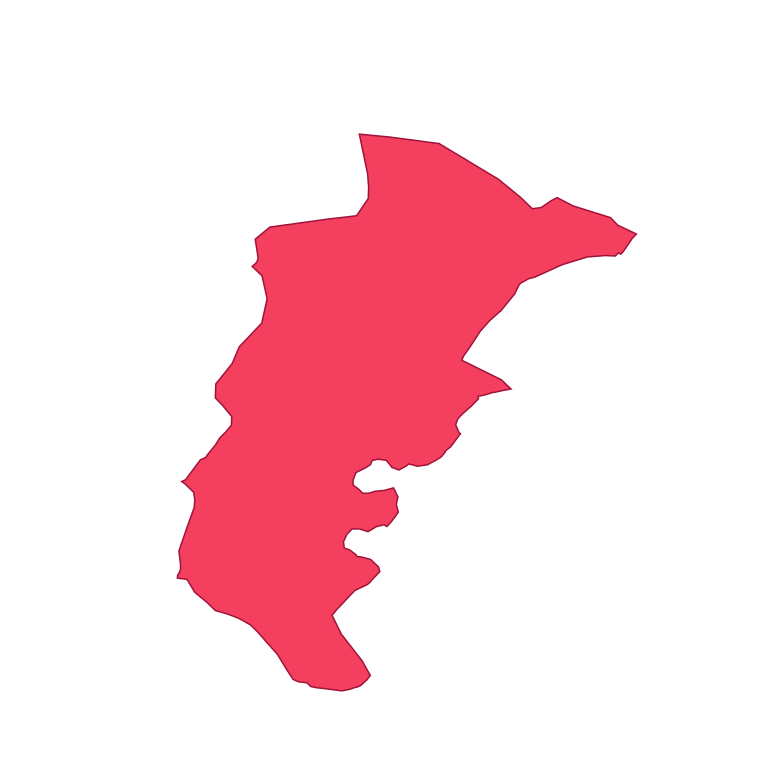 the district of Al Jabin, Raymah, Yemen, rotated 314°
{"feature_id": "15242507B10739648902482", "entity_name": "Al Jabin", "entity_type": "district", "adm_level": 2, "iso_a3": "YEM", "parent_name": "Yemen", "parent_adm1": "Raymah", "projection": "mercator", "projection_center": [43.599, 14.69], "detail": "fine", "context": "isolated", "style": "filled", "palette": "rose", "viewbox_px": 768, "rotation_deg": 314, "n_neighbors": 0, "source": "geoboundaries", "source_scale": "gbopen_adm2", "svg_char_len": 4107}
<svg xmlns="http://www.w3.org/2000/svg" viewBox="0 0 768 768"><g transform="rotate(314 384 384)"><path d="M100.8,370.2L106.6,378.0L104.6,385.5L102.7,392.3L103.2,399.2L103.5,402.9L103.8,406.9L103.9,408.0L103.9,420.1L109.7,431.0L114.4,441.9L117.9,455.1L117.9,458.2L117.9,459.7L117.9,464.8L116.7,479.3L115.5,495.0L110.6,513.8L108.4,524.0L110.6,529.7L115.5,536.0L115.5,537.3L115.5,541.4L118.5,546.2L119.4,547.4L122.5,551.4L128.0,558.8L130.5,562.1L130.6,562.3L133.8,566.6L135.0,567.6L141.2,571.8L144.4,573.3L148.0,575.6L151.0,576.7L159.1,577.2L164.9,576.6L165.2,575.6L166.2,572.2L166.3,571.6L169.7,560.5L170.2,556.6L171.7,546.1L174.2,528.6L174.4,526.9L174.7,526.4L176.9,520.1L177.0,519.9L181.5,507.4L182.5,507.3L189.3,506.7L189.7,506.7L202.7,506.6L203.9,506.6L208.8,506.5L215.2,506.5L218.2,507.6L227.9,511.2L228.1,511.3L228.6,511.4L231.7,511.7L234.3,511.4L239.4,511.4L241.3,511.4L245.1,511.3L246.1,511.3L248.6,507.1L248.6,504.0L248.5,502.1L248.5,496.2L244.3,488.7L242.7,486.3L242.6,486.2L241.2,484.8L241.7,482.4L240.8,474.3L238.5,469.8L238.3,469.4L238.5,469.2L242.5,464.3L243.9,463.9L249.9,461.8L250.3,461.8L257.5,461.7L260.4,464.7L262.5,466.7L264.8,471.3L265.0,471.7L266.7,475.1L272.9,476.8L273.6,476.9L275.9,477.5L276.2,477.7L278.0,478.8L282.6,481.7L283.5,485.1L287.7,485.0L289.3,485.0L294.4,484.4L295.0,484.4L296.8,484.1L298.3,483.9L298.9,483.8L301.8,483.3L303.0,481.4L303.2,481.0L306.0,476.5L306.1,476.4L312.6,472.3L312.6,472.1L314.4,467.2L314.7,466.4L315.9,463.0L307.5,458.0L307.3,457.8L304.7,455.6L304.4,455.3L301.4,452.8L300.8,452.2L298.6,451.0L294.9,448.9L290.7,444.7L290.7,438.0L290.4,436.0L289.8,432.1L293.1,428.7L296.5,427.2L297.2,426.9L299.6,425.8L300.4,425.5L300.6,425.3L309.8,428.6L316.5,430.3L320.7,428.6L323.9,430.7L325.7,431.9L328.2,435.3L330.7,438.6L330.0,444.5L329.5,447.7L332.5,454.5L340.4,456.9L343.6,457.3L346.1,461.6L348.1,465.2L351.6,467.9L356.0,471.4L360.0,472.6L365.5,474.4L371.1,475.8L374.7,475.6L377.0,475.4L379.0,474.7L380.6,475.0L381.6,475.1L385.2,475.6L391.5,474.8L392.8,474.6L400.4,473.6L401.3,473.7L401.3,471.4L404.4,464.0L405.0,463.7L407.8,462.4L410.2,461.3L415.4,461.2L417.0,461.2L417.6,461.3L423.3,461.7L423.8,461.7L428.6,462.2L433.9,462.2L439.1,462.2L440.5,460.2L445.4,463.7L450.7,466.6L451.7,467.2L453.9,468.4L454.9,469.4L462.9,474.7L465.7,476.8L468.7,478.8L468.6,477.3L468.6,465.7L455.1,423.4L459.6,421.8L472.3,419.8L488.8,416.6L502.6,416.0L515.6,416.9L517.2,417.3L525.4,416.6L538.7,415.5L539.1,415.6L540.8,415.0L545.2,413.6L548.7,412.4L551.3,412.2L557.5,414.1L560.4,415.0L562.1,416.0L566.1,418.5L566.6,418.6L575.6,422.2L576.4,422.5L578.2,423.2L588.1,427.1L594.0,429.5L597.4,431.4L616.7,442.1L630.4,454.2L634.0,458.4L636.8,461.5L641.0,461.5L642.0,464.2L645.7,464.1L661.5,461.4L667.2,461.4L661.7,445.0L660.6,441.9L661.1,431.5L643.6,396.6L638.3,379.1L631.9,376.9L620.1,374.5L613.1,368.9L613.1,359.0L613.1,352.1L612.6,347.1L612.6,346.1L612.4,344.0L612.3,342.4L612.2,341.1L611.6,334.1L611.2,329.9L610.8,324.2L610.7,323.8L609.0,316.4L607.7,310.8L603.1,290.7L602.7,288.9L599.9,276.9L599.3,274.4L595.3,256.9L595.3,256.6L594.7,255.9L589.4,248.8L564.8,215.5L546.6,192.7L545.8,193.9L523.8,226.2L515.3,235.8L506.8,243.6L506.5,243.8L498.4,245.2L491.1,246.5L485.9,247.4L485.4,246.9L477.3,240.3L467.0,231.8L462.9,228.4L462.4,228.1L450.2,218.5L418.1,193.3L417.7,192.9L398.7,190.8L387.6,205.4L386.5,206.4L383.6,207.8L381.5,207.9L378.2,207.6L377.0,207.5L377.1,221.0L370.2,231.6L364.8,239.7L364.3,240.6L356.3,245.5L354.6,246.5L354.2,246.8L342.8,253.8L340.6,253.8L338.0,253.8L336.1,253.8L327.6,253.9L325.5,253.9L310.4,254.0L306.4,255.5L293.2,260.6L287.2,261.1L278.1,262.0L267.3,262.9L258.4,270.9L256.8,272.4L256.5,282.2L254.8,297.1L248.3,302.9L239.4,303.5L231.4,303.3L223.4,305.0L209.4,306.3L207.5,306.7L207.2,306.8L204.7,305.7L204.1,305.5L202.4,304.8L202.0,304.6L197.9,305.1L189.6,306.2L183.9,306.9L177.3,307.8L173.4,306.2L173.9,310.2L173.9,317.5L173.9,322.3L169.3,328.3L164.8,332.0L163.4,333.2L146.8,340.7L144.7,341.6L134.2,346.5L129.2,348.8L128.7,349.0L121.4,352.5L112.5,363.4L109.1,366.5L105.6,367.9L103.1,368.4L100.8,370.2Z" fill="#f43f5e" stroke="#9f1239" stroke-width="1.5"/></g></svg>